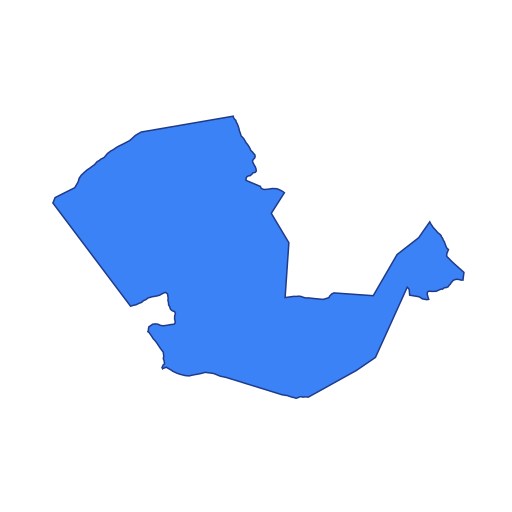 Santa María Sola, Oaxaca, Mexico, rotated 98°
{"feature_id": "50627088B10783162199748", "entity_name": "Santa María Sola", "entity_type": "district", "adm_level": 2, "iso_a3": "MEX", "parent_name": "Mexico", "parent_adm1": "Oaxaca", "projection": "equal_earth", "projection_center": [-97.028, 16.567], "detail": "fine", "context": "isolated", "style": "filled", "palette": "blue", "viewbox_px": 512, "rotation_deg": 98, "n_neighbors": 0, "source": "geoboundaries", "source_scale": "gbopen_adm2", "svg_char_len": 3553}
<svg xmlns="http://www.w3.org/2000/svg" viewBox="0 0 512 512"><g transform="rotate(98 256 256)"><path d="M365.8,154.5L355.5,140.8L339.8,123.6L318.0,117.2L265.8,101.9L266.9,100.5L268.0,99.6L273.4,98.4L273.6,91.4L273.7,88.6L275.3,85.3L275.4,82.9L275.5,80.8L274.9,78.9L272.5,80.1L270.8,80.8L269.6,81.2L268.3,81.3L267.3,80.7L266.7,79.6L266.7,78.3L266.6,77.1L266.4,75.6L266.1,74.0L265.8,72.5L264.2,70.1L263.1,68.3L262.8,66.6L261.1,65.0L260.9,63.4L260.3,62.4L259.6,61.3L258.2,60.8L257.1,59.8L255.3,59.0L254.4,58.4L252.9,57.5L252.5,57.0L251.5,55.3L251.1,53.9L251.0,52.0L251.3,49.7L251.1,47.7L243.3,47.8L236.5,58.0L234.2,61.3L229.8,67.1L227.3,67.4L222.8,66.3L221.7,68.0L220.5,68.9L219.4,69.5L217.8,70.4L216.0,71.3L214.0,72.9L212.5,73.7L210.9,75.2L210.1,75.5L209.1,76.6L207.7,79.0L206.9,80.0L204.8,82.4L203.0,84.6L201.6,85.8L200.0,87.3L198.0,88.7L215.3,97.5L234.9,116.5L279.0,134.4L281.7,173.7L283.0,175.7L285.8,177.7L287.0,177.9L289.6,183.3L290.0,191.6L290.2,198.2L290.6,200.9L290.4,203.0L289.8,205.7L289.8,208.1L290.4,210.3L290.7,212.9L293.1,221.4L238.3,225.3L211.6,246.8L189.4,236.7L188.5,238.3L187.7,240.3L186.7,243.4L186.5,245.3L186.9,249.3L187.8,252.1L188.7,255.7L189.0,257.4L188.6,259.4L188.1,260.4L186.5,261.3L182.5,276.4L180.8,276.6L179.1,276.3L178.3,275.4L177.6,274.5L177.3,273.0L175.7,271.6L174.1,270.6L173.3,268.4L171.8,267.5L169.5,268.2L167.5,269.3L166.1,270.5L163.6,272.2L162.4,272.7L161.5,272.4L160.5,272.0L159.3,271.0L157.9,270.7L156.1,271.1L154.9,272.5L153.5,274.0L152.1,275.9L150.1,277.1L148.4,278.4L146.3,280.3L145.5,281.3L141.6,284.4L140.3,285.9L139.1,287.5L137.0,288.4L134.2,289.9L131.8,290.8L130.3,291.5L127.9,292.8L126.1,294.2L124.4,294.9L123.7,296.1L122.7,297.0L121.9,297.6L121.0,297.9L120.7,298.0L149.2,386.9L152.9,391.7L154.4,393.1L156.3,394.6L159.4,397.3L162.4,401.5L164.7,404.8L166.0,406.8L168.0,409.4L169.7,411.2L170.7,412.3L172.2,414.4L175.2,417.4L177.7,418.9L179.6,420.1L181.9,423.4L183.3,424.5L184.5,426.3L188.1,428.7L190.0,430.7L192.3,433.0L194.2,435.2L196.8,437.4L200.2,440.2L203.5,441.9L207.5,442.5L213.6,445.0L226.1,463.1L231.8,464.5L323.2,373.2L322.2,371.3L321.0,368.0L319.1,365.2L317.9,362.9L315.9,361.2L314.4,358.8L312.7,357.3L310.8,353.1L309.3,348.4L308.2,345.9L307.0,344.4L305.4,342.2L305.0,341.3L304.6,340.7L305.8,338.4L306.7,338.0L307.8,337.8L309.9,337.1L312.0,337.1L314.3,336.2L316.7,335.7L318.2,334.4L320.6,333.3L321.9,331.3L322.4,328.9L324.1,327.8L326.8,328.2L330.0,327.8L330.6,327.5L331.9,326.9L334.0,326.9L335.0,327.8L335.2,328.7L335.7,330.7L336.6,333.3L337.4,335.9L338.0,338.2L338.0,341.0L337.2,343.5L337.2,346.1L337.9,348.8L339.5,350.5L341.0,352.2L342.9,352.4L344.5,352.2L346.0,352.6L346.5,351.3L347.4,350.6L348.6,349.4L350.4,347.8L352.3,346.2L353.2,345.0L354.1,344.0L355.5,342.5L356.5,341.6L360.5,338.1L363.4,335.2L364.3,334.3L365.5,334.2L366.9,333.7L368.2,333.3L369.8,333.6L371.1,333.3L372.3,332.5L373.7,332.1L374.8,331.7L375.3,331.7L375.6,331.7L377.1,332.9L378.1,333.0L379.4,333.6L380.7,332.8L380.2,332.3L379.4,330.7L378.6,329.4L378.8,329.0L379.8,326.6L380.2,325.5L380.5,324.8L381.6,322.6L382.0,321.4L382.7,319.2L383.0,318.2L383.2,317.2L383.6,315.5L384.3,309.2L384.1,306.8L384.1,305.6L383.1,303.2L382.7,302.1L380.2,294.6L378.3,290.2L378.2,282.9L378.4,280.9L380.0,274.6L380.1,272.8L380.4,268.7L384.0,246.6L389.8,210.8L389.8,208.5L389.9,206.8L389.8,205.6L390.2,204.0L390.4,202.6L390.7,201.3L390.9,199.1L391.0,197.9L391.3,196.5L390.5,194.8L389.8,193.9L389.2,192.5L389.0,191.0L389.3,190.3L388.8,188.3L388.5,187.0L388.5,184.6L384.2,178.9L365.8,154.5Z" fill="#3b82f6" stroke="#1e3a8a" stroke-width="1.5"/></g></svg>